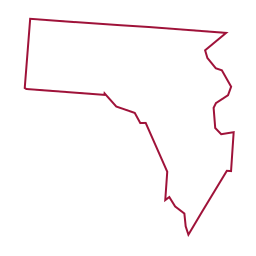 Fannin, Georgia, United States of America (Equal Earth projection), rotated 4°
{"feature_id": "52423323B87929683261125", "entity_name": "Fannin", "entity_type": "district", "adm_level": 2, "iso_a3": "USA", "parent_name": "United States of America", "parent_adm1": "Georgia", "projection": "equal_earth", "projection_center": [-84.277, 34.796], "detail": "fine", "context": "isolated", "style": "outline", "palette": "rose", "viewbox_px": 256, "rotation_deg": 4, "n_neighbors": 0, "source": "geoboundaries", "source_scale": "gbopen_adm2", "svg_char_len": 583}
<svg xmlns="http://www.w3.org/2000/svg" viewBox="0 0 256 256"><g transform="rotate(4 128 128)"><path d="M22.8,25.9L22.2,95.3L23.9,96.2L102.1,96.6L102.2,95.1L114.8,107.4L133.7,112.5L139.9,122.2L145.3,121.7L170.2,168.9L170.2,197.3L174.0,194.0L180.5,203.0L190.2,209.4L192.4,222.1L195.7,230.2L207.9,206.0L229.6,163.8L233.8,163.8L233.7,124.8L221.4,127.7L215.0,121.9L212.0,101.9L214.0,97.0L225.5,88.3L228.0,79.6L217.6,63.9L211.4,62.3L202.3,52.6L199.5,45.1L219.2,26.3L142.4,25.8L113.6,26.0L113.3,26.0L67.7,26.0L67.4,26.1L22.8,25.9Z" fill="none" stroke="#9f1239" stroke-width="2"/></g></svg>